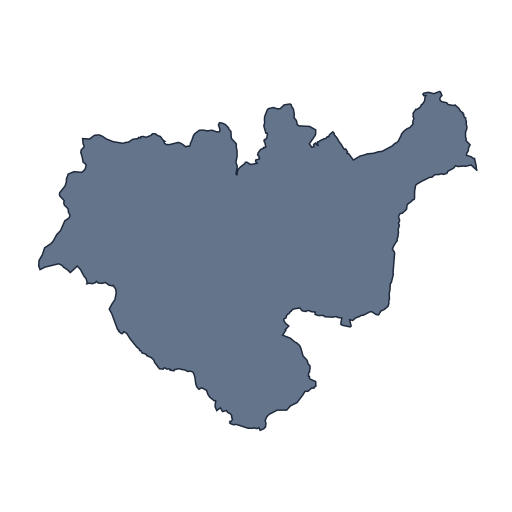 Buciumi, Salaj, Romania, rotated 183°
{"feature_id": "2599482B81271607530384", "entity_name": "Buciumi", "entity_type": "district", "adm_level": 2, "iso_a3": "ROU", "parent_name": "Romania", "parent_adm1": "Salaj", "projection": "mercator", "projection_center": [23.014, 47.038], "detail": "fine", "context": "isolated", "style": "filled", "palette": "slate", "viewbox_px": 512, "rotation_deg": 183, "n_neighbors": 0, "source": "geoboundaries", "source_scale": "gbopen_adm2", "svg_char_len": 6076}
<svg xmlns="http://www.w3.org/2000/svg" viewBox="0 0 512 512"><g transform="rotate(183 256 256)"><path d="M435.3,364.2L434.5,358.9L433.7,357.6L433.4,355.9L436.1,352.8L436.4,350.2L434.8,346.0L433.6,340.7L430.8,338.7L430.4,337.5L431.0,334.3L432.6,332.0L434.6,330.4L442.1,330.7L447.8,328.0L449.3,323.3L449.3,319.9L450.4,315.8L455.4,308.9L455.5,306.8L454.9,305.5L450.4,301.2L450.8,299.1L450.0,296.7L446.1,293.3L445.6,289.9L443.9,287.0L444.1,285.6L444.9,284.1L448.8,281.1L452.5,271.2L456.1,267.0L459.2,260.4L461.5,257.6L467.5,253.1L469.4,246.1L472.4,240.3L472.5,234.8L470.9,231.1L466.3,233.8L452.7,237.9L449.2,236.5L447.7,234.8L443.3,232.2L440.6,229.7L433.9,236.6L430.5,233.2L426.9,227.1L424.5,224.5L423.2,220.7L423.5,219.4L421.2,220.1L417.8,219.8L415.0,221.0L414.1,222.3L412.3,220.8L408.3,220.6L405.0,221.7L401.1,219.1L397.7,218.7L397.3,219.2L394.4,215.6L393.7,211.7L394.6,205.0L397.3,200.6L399.8,195.3L397.1,191.0L390.3,175.2L389.2,174.6L389.3,173.9L387.9,172.6L386.4,171.5L385.4,171.5L383.8,173.6L380.9,171.7L377.3,166.6L370.2,158.7L367.8,157.1L367.2,155.6L366.1,155.4L364.8,153.3L360.5,152.1L359.9,150.8L355.5,149.1L353.9,147.9L352.2,146.2L351.9,144.7L346.5,138.3L342.7,138.2L341.8,139.5L341.0,139.5L339.1,138.3L337.3,138.8L335.8,138.4L335.8,137.5L332.5,137.1L331.7,137.2L331.5,138.3L326.4,139.5L324.2,138.7L321.5,138.6L318.0,137.1L315.4,137.6L313.1,136.8L312.0,135.3L310.7,131.8L309.4,124.9L308.3,122.3L306.0,119.9L303.3,121.6L298.4,119.2L296.6,115.0L294.7,112.5L290.1,109.2L288.8,109.5L288.6,108.2L289.0,106.3L289.0,103.4L287.1,99.6L283.6,102.5L281.3,98.9L277.4,100.1L276.1,98.3L273.3,97.1L271.9,95.3L271.9,93.3L271.0,92.4L271.2,91.2L272.2,89.6L273.4,89.4L273.0,88.7L273.5,87.9L272.5,87.2L269.6,86.3L266.9,86.8L254.9,83.6L249.9,83.8L249.1,84.4L246.9,83.7L245.6,83.8L244.2,84.8L242.7,82.1L239.0,84.1L237.6,85.7L237.3,89.2L238.2,92.2L236.8,96.0L234.7,98.5L226.7,103.2L217.3,103.7L213.7,108.2L207.4,111.7L201.8,119.9L200.0,123.4L197.0,123.6L193.7,126.9L191.2,127.1L190.6,128.5L189.4,129.1L189.8,133.7L195.7,136.0L196.2,136.6L196.3,138.5L197.4,138.7L197.2,142.3L196.4,143.1L196.5,144.9L196.1,146.4L196.4,149.3L198.2,150.7L199.5,154.5L203.8,158.7L206.4,166.4L207.8,168.9L210.8,171.4L212.7,172.1L217.2,175.6L225.2,178.3L222.3,183.5L222.8,184.0L219.6,187.8L223.2,190.5L225.0,193.4L224.7,194.7L222.9,195.7L222.2,198.4L221.1,199.8L220.1,200.1L218.9,202.2L218.0,202.6L217.5,203.6L215.9,205.0L209.5,206.4L207.3,203.9L206.1,203.5L203.2,203.2L202.3,204.0L200.3,204.3L197.9,203.3L193.8,203.1L194.0,200.8L190.7,199.8L185.6,200.2L184.3,199.0L176.4,198.9L172.7,199.8L171.5,199.0L167.1,198.5L167.8,192.5L166.4,191.4L158.3,190.1L157.3,191.0L159.2,197.3L156.0,196.7L153.2,199.5L149.4,201.0L147.7,202.4L145.9,202.3L139.4,206.2L137.5,206.4L132.9,203.8L130.5,203.6L128.4,207.6L125.1,209.3L121.6,212.5L120.8,215.5L121.1,218.0L120.5,219.7L121.0,226.2L120.5,228.3L120.4,235.5L119.5,236.4L117.9,244.9L118.3,246.3L117.7,266.1L118.4,267.8L120.1,269.7L119.4,272.5L117.0,277.1L115.9,278.3L115.9,281.0L115.2,282.5L115.2,285.0L114.9,286.7L115.4,289.9L114.4,294.2L115.5,296.2L114.5,298.2L114.5,299.5L115.6,302.2L115.5,303.7L114.3,305.9L112.1,306.4L108.1,310.5L107.8,314.9L107.2,315.7L103.4,318.9L102.7,320.2L101.0,320.7L100.7,321.9L101.0,328.8L100.3,334.8L99.5,335.9L95.1,338.9L86.8,343.6L84.4,343.9L81.7,346.6L77.6,346.9L75.3,347.8L73.2,347.3L69.7,348.5L68.9,350.6L63.4,354.0L61.4,356.6L59.0,355.9L53.5,356.7L51.8,356.5L45.9,358.1L39.5,352.8L40.4,354.2L40.8,357.2L42.9,364.9L43.9,364.7L46.6,366.5L51.0,367.5L51.0,369.6L49.5,372.2L49.4,375.0L48.0,378.2L52.3,382.2L52.2,384.0L53.0,385.9L53.2,390.7L52.2,393.9L52.1,396.0L53.0,398.5L52.9,401.3L53.8,403.2L53.8,404.8L55.1,405.5L55.7,406.5L56.0,408.5L56.9,408.7L56.8,409.8L59.2,411.2L61.2,414.1L65.2,417.3L66.0,416.6L72.2,417.3L73.5,419.0L78.3,419.8L79.9,420.7L80.6,422.1L80.6,423.2L79.6,425.2L78.7,425.9L80.3,429.4L81.3,429.9L86.9,427.4L92.3,428.5L96.9,427.4L97.8,426.4L96.9,424.9L94.7,425.0L95.5,423.5L95.8,419.6L97.9,416.1L98.7,415.9L99.6,413.5L102.2,411.3L103.3,410.7L103.9,411.0L106.6,406.8L106.3,404.9L106.5,403.5L105.5,401.8L106.4,398.6L106.5,397.5L106.0,396.1L109.0,392.4L112.1,390.8L114.9,388.4L117.1,385.4L117.5,383.6L120.3,377.5L123.6,375.3L125.9,372.9L135.8,367.0L139.3,366.5L144.1,364.7L150.6,363.8L152.3,362.8L157.2,361.3L163.8,356.9L168.8,363.0L170.4,363.1L170.5,364.1L170.0,364.7L172.1,367.6L173.1,367.0L174.5,368.5L176.8,372.0L179.0,374.4L181.3,378.2L184.1,381.1L184.5,382.8L185.8,384.0L188.4,381.5L189.3,380.3L189.3,379.1L191.0,378.9L192.5,377.0L194.3,376.6L198.2,374.4L198.7,373.7L200.7,373.0L200.6,371.6L199.9,369.8L200.9,370.1L202.6,371.9L204.3,370.3L204.0,368.1L206.1,367.6L208.6,370.8L203.4,379.2L202.8,381.1L203.0,385.1L209.3,388.2L219.8,388.2L221.7,389.4L222.7,393.3L225.3,396.3L225.2,399.7L226.3,404.5L228.1,407.0L228.8,408.9L230.0,409.6L235.8,408.4L239.7,404.3L242.9,404.2L246.3,405.2L251.3,403.8L252.5,402.3L254.7,395.6L254.7,392.4L254.3,389.9L255.0,386.3L252.6,379.2L251.0,379.1L251.3,374.9L252.7,372.6L253.7,372.7L254.1,371.4L252.7,368.7L252.0,365.1L254.2,364.7L254.1,364.0L257.0,362.6L259.2,359.2L259.7,357.0L258.0,355.4L258.2,354.8L257.5,353.7L258.0,353.0L261.3,351.8L261.4,350.4L259.8,348.6L266.2,347.1L270.0,349.2L271.5,349.0L272.5,347.2L275.8,344.5L278.3,341.7L279.1,338.7L279.2,336.1L280.1,336.4L280.3,337.2L279.4,343.5L279.5,345.0L281.0,348.5L280.1,354.3L280.4,359.8L281.6,364.6L281.4,366.2L281.7,367.2L286.5,371.8L287.1,374.1L287.5,378.9L289.5,381.0L290.3,382.7L293.5,385.7L296.5,386.9L299.4,387.2L300.4,385.0L298.6,380.5L298.9,378.3L301.3,377.8L306.5,379.3L311.4,378.4L315.3,379.0L319.2,378.6L323.7,374.8L324.8,372.9L326.1,368.1L327.4,365.0L327.6,362.9L328.1,362.2L330.2,362.1L331.7,361.3L336.2,364.3L339.4,365.4L348.3,362.7L351.3,362.6L353.1,363.6L354.0,365.5L353.1,365.8L355.0,367.0L357.7,370.3L360.7,371.2L362.5,372.6L364.4,372.8L365.9,372.6L367.2,370.9L372.0,368.8L375.1,369.5L377.5,368.9L377.7,367.9L379.4,368.3L380.0,367.1L385.1,366.1L389.5,363.0L392.9,362.4L394.2,361.5L404.6,362.7L411.5,365.0L415.8,367.6L419.1,368.7L423.6,368.1L428.4,364.1L435.3,364.2Z" fill="#64748b" stroke="#1e293b" stroke-width="1.5"/></g></svg>